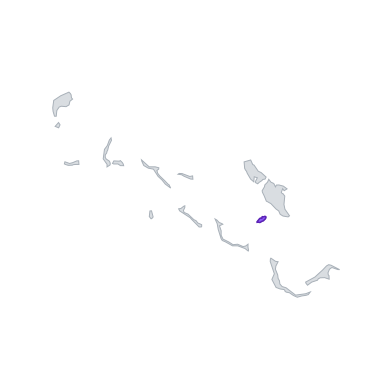 where New Providence sits in The Bahamas, rotated 158°
{"feature_id": "BHS-5009", "entity_name": "New Providence", "entity_type": "Capital", "adm_level": 1, "iso_a3": "BHS", "parent_name": "The Bahamas", "parent_adm1": "", "projection": "equal_earth", "projection_center": [-77.439, 25.036], "detail": "fine", "context": "in_parent", "style": "filled", "palette": "violet", "viewbox_px": 384, "rotation_deg": 158, "n_neighbors": 0, "source": "natural_earth", "source_scale": "10m", "svg_char_len": 3714}
<svg xmlns="http://www.w3.org/2000/svg" viewBox="0 0 384 384"><g transform="rotate(158 192 192)"><path d="M126.5,155.7L126.5,161.2L126.8,165.4L126.5,166.9L122.8,169.7L121.8,171.3L118.3,172.8L116.1,175.0L115.1,171.5L113.0,169.3L112.7,165.5L111.1,166.8L108.8,166.0L105.1,163.2L102.7,159.3L106.1,158.7L106.7,161.1L109.4,158.1L108.8,156.6L108.3,156.4L107.5,153.5L111.4,146.0L112.3,141.2L110.5,133.4L112.2,132.9L116.6,135.6L118.6,138.3L118.7,142.0L120.5,144.8L123.2,151.7L126.5,155.7ZM129.5,176.8L129.5,177.8L126.1,180.7L128.6,182.8L130.9,178.3L132.8,182.0L133.8,188.9L133.7,190.1L133.8,191.1L134.2,192.4L134.3,194.3L132.4,200.4L125.6,199.7L125.4,194.7L124.4,193.7L122.8,186.4L120.6,184.1L117.7,178.1L119.4,176.6L121.7,177.1L122.9,176.4L126.1,175.8L128.0,175.0L129.5,176.8ZM290.6,318.8L289.6,322.2L285.9,328.7L277.7,330.4L268.7,330.7L267.9,328.9L267.7,327.3L268.4,324.9L268.3,323.9L267.9,322.9L271.2,321.9L273.4,318.8L276.8,318.3L281.1,320.5L283.4,320.5L286.8,318.2L289.5,313.1L291.1,313.8L290.6,318.8ZM144.3,100.7L143.6,101.1L140.6,96.5L138.3,95.1L142.0,91.9L143.6,89.1L143.6,83.0L144.5,79.7L144.2,76.8L145.0,73.9L143.9,70.6L140.7,68.0L134.6,57.6L124.8,55.1L119.8,55.0L122.6,53.3L125.1,53.5L129.1,54.5L133.8,55.0L136.7,58.0L139.4,62.1L141.9,63.7L142.9,64.8L142.8,66.0L143.2,67.1L146.5,69.0L149.8,72.0L150.7,81.0L146.3,85.3L145.5,98.3L144.3,100.7ZM101.1,62.9L105.2,64.4L107.4,64.2L108.7,63.2L114.8,63.6L119.8,62.3L120.5,64.7L120.4,65.9L109.9,67.1L100.2,70.7L94.9,73.1L92.5,73.4L90.6,72.1L84.2,64.7L85.9,65.5L90.6,69.6L93.5,68.9L96.2,66.1L96.7,64.1L96.3,63.1L97.5,59.8L101.1,62.9ZM164.1,119.8L169.8,125.0L174.6,126.9L179.8,133.4L182.1,135.7L182.5,137.8L181.7,147.5L180.5,153.2L180.7,158.3L179.5,156.8L178.2,153.5L176.2,151.6L175.5,150.6L179.2,150.4L179.5,145.1L181.2,141.0L180.9,136.7L176.7,132.0L173.7,127.8L169.3,126.5L165.1,122.3L162.6,121.8L159.6,122.6L160.7,120.1L161.4,116.8L162.0,116.2L164.1,119.8ZM227.0,239.5L226.8,240.7L222.3,231.4L216.8,229.2L213.7,226.9L214.3,225.7L216.5,225.1L216.8,222.2L215.9,219.0L213.0,212.6L211.3,208.3L210.6,207.3L210.3,203.6L213.8,209.3L215.3,214.3L217.6,219.2L219.2,227.6L223.6,230.5L226.8,234.6L227.0,239.5ZM249.2,271.1L246.8,272.5L247.3,270.1L251.9,266.0L254.5,262.4L255.9,261.2L256.4,260.2L258.5,258.9L259.5,256.6L259.2,254.7L257.0,251.5L257.0,249.4L257.8,247.8L261.4,247.1L260.4,249.4L261.9,256.0L257.2,264.3L253.1,266.8L249.2,271.1ZM210.5,179.1L210.7,181.4L208.4,180.9L205.0,181.9L203.8,181.9L204.5,180.3L206.9,178.1L207.0,176.0L204.0,173.0L200.6,165.6L199.0,163.9L198.2,161.1L195.3,158.1L195.9,156.5L196.5,156.1L198.5,156.9L202.9,167.5L203.2,168.6L210.5,179.1ZM289.5,261.1L291.7,261.8L292.9,261.7L296.8,263.1L299.2,265.1L299.8,265.9L298.5,267.6L294.8,264.3L291.6,263.9L287.2,264.0L285.4,263.4L286.5,259.9L289.5,261.1ZM254.2,247.4L255.0,248.3L252.8,250.1L247.8,247.8L246.7,248.0L245.6,245.5L245.3,243.7L245.5,242.0L248.5,243.3L250.1,245.7L254.2,247.4ZM140.2,141.6L136.3,142.5L133.5,141.6L132.8,140.8L134.0,139.5L136.6,138.5L140.8,138.4L142.6,139.6L142.9,140.2L140.2,141.6ZM198.3,213.7L196.9,214.0L194.3,212.8L188.2,207.2L185.4,206.7L186.4,203.5L188.5,204.6L193.4,209.5L195.2,211.9L198.3,213.7ZM240.8,185.2L238.1,190.2L236.6,189.7L237.4,183.4L239.3,182.4L240.0,182.5L240.8,185.2ZM294.3,304.1L289.7,306.4L289.2,303.7L291.6,301.5L294.3,304.1Z" fill="#d9dde1" stroke="#a8b0b8" stroke-width="1"/><path d="M135.6,142.6L135.1,142.2L134.4,142.1L133.8,142.2L133.4,142.1L132.8,141.3L133.2,140.4L134.0,139.7L134.8,139.3L135.3,139.2L136.4,138.6L137.0,138.6L138.4,138.6L139.9,138.3L140.4,138.3L140.9,138.5L141.7,139.1L143.0,139.5L142.7,140.1L139.1,142.1L138.2,142.1L137.1,141.5L136.9,141.9L136.5,142.4L136.1,142.8L135.6,142.6Z" fill="#8b5cf6" stroke="#5b21b6" stroke-width="1.5"/></g></svg>